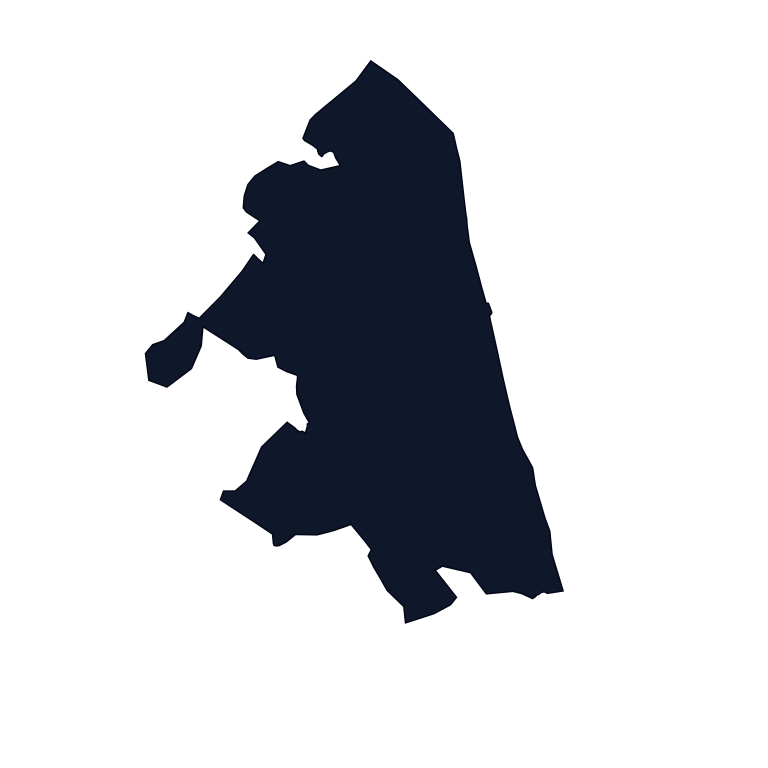 Gada, Sokoto, Nigeria, rotated 55°
{"feature_id": "59680162B52281011363885", "entity_name": "Gada", "entity_type": "district", "adm_level": 2, "iso_a3": "NGA", "parent_name": "Nigeria", "parent_adm1": "Sokoto", "projection": "albers", "projection_center": [5.67, 13.685], "detail": "fine", "context": "isolated", "style": "filled", "palette": "ink", "viewbox_px": 768, "rotation_deg": 55, "n_neighbors": 0, "source": "geoboundaries", "source_scale": "gbopen_adm2", "svg_char_len": 2126}
<svg xmlns="http://www.w3.org/2000/svg" viewBox="0 0 768 768"><g transform="rotate(55 384 384)"><path d="M656.2,356.0L650.8,354.2L648.7,353.5L626.4,346.2L626.0,346.1L625.8,346.0L619.7,343.9L599.6,332.6L586.9,329.3L553.8,318.2L539.9,311.3L537.6,310.3L532.3,309.7L517.1,308.1L504.2,305.2L488.7,299.3L475.6,294.5L448.5,283.6L425.1,273.7L399.3,263.0L394.8,261.2L390.0,259.1L388.3,257.8L388.1,255.7L387.1,254.6L377.8,252.2L376.3,254.0L360.9,248.6L341.8,241.6L335.0,239.2L316.8,232.9L301.3,224.7L295.9,221.4L294.2,220.7L288.9,218.0L277.6,211.9L244.8,194.0L232.4,189.3L218.5,183.6L175.3,191.8L142.7,198.1L113.8,208.8L111.8,209.5L119.7,233.1L123.9,285.2L125.4,293.1L136.3,309.5L139.0,309.4L147.8,305.4L153.1,303.8L154.1,304.0L155.3,304.7L158.4,305.5L160.4,305.0L161.9,304.6L162.0,303.9L161.0,301.7L161.3,297.5L162.0,294.5L165.2,292.3L171.3,293.9L180.1,294.5L172.5,313.1L161.5,320.6L155.5,321.7L151.3,335.7L141.2,343.1L140.3,355.5L139.6,370.6L142.6,381.1L149.8,390.6L159.0,398.2L164.2,398.0L179.2,392.1L182.3,408.6L189.8,406.3L210.2,406.3L215.7,413.9L209.7,415.3L209.0,415.6L208.1,415.7L205.6,416.0L203.1,416.7L204.6,420.6L210.2,435.3L218.9,468.3L224.2,497.8L217.6,501.5L215.0,502.7L213.1,503.7L218.8,512.2L222.4,539.3L219.1,550.9L222.2,561.9L246.1,574.5L262.0,563.5L260.9,532.9L248.0,511.9L233.2,499.5L272.3,483.4L278.4,482.4L284.7,480.6L290.4,474.5L297.8,457.0L309.2,461.2L317.7,456.8L327.1,450.1L328.9,450.9L335.5,456.8L342.6,461.3L361.7,466.3L372.8,467.4L372.9,468.3L372.9,468.9L372.8,469.9L374.2,470.5L379.1,476.4L375.7,478.2L375.1,480.3L372.0,481.8L368.5,482.3L359.8,485.3L365.4,520.3L384.8,552.3L386.3,567.3L379.7,576.9L385.0,584.4L425.5,568.2L443.0,561.4L450.9,565.9L453.2,566.6L455.0,564.9L456.2,562.6L457.3,555.0L456.5,542.8L469.2,525.3L475.2,509.1L480.1,491.5L501.0,489.8L512.4,489.3L515.7,495.5L528.5,497.5L540.5,498.4L554.8,499.8L577.7,495.4L592.0,503.4L600.8,474.6L603.0,456.1L600.3,447.0L565.9,448.9L566.7,440.6L588.3,421.3L614.6,420.5L627.8,397.3L634.5,391.5L645.0,385.3L645.0,381.6L644.3,379.9L645.1,378.4L644.9,374.8L646.1,371.9L649.2,370.2L656.2,356.0Z" fill="#0f172a" stroke="#020617" stroke-width="1.5"/></g></svg>